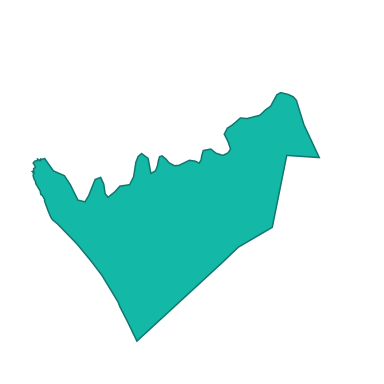 La Paz, Colonia, Uruguay (Natural Earth projection), rotated 61°
{"feature_id": "84410073B4757199260074", "entity_name": "La Paz", "entity_type": "district", "adm_level": 2, "iso_a3": "URY", "parent_name": "Uruguay", "parent_adm1": "Colonia", "projection": "natural_earth1", "projection_center": [-57.32, -34.388], "detail": "fine", "context": "isolated", "style": "filled", "palette": "teal", "viewbox_px": 384, "rotation_deg": 61, "n_neighbors": 0, "source": "geoboundaries", "source_scale": "gbopen_adm2", "svg_char_len": 1608}
<svg xmlns="http://www.w3.org/2000/svg" viewBox="0 0 384 384"><g transform="rotate(61 192 192)"><path d="M223.6,64.0L187.4,61.5L162.5,56.3L157.8,57.3L153.5,60.4L148.1,66.2L148.1,70.6L155.1,81.6L155.7,87.4L157.8,95.4L154.4,108.4L150.7,113.8L152.2,120.4L153.0,125.0L153.3,130.1L157.1,135.8L160.4,135.8L166.3,136.2L173.2,137.5L175.3,141.7L174.9,147.3L169.6,152.3L163.6,154.7L161.2,162.0L164.7,165.6L168.4,168.6L170.2,171.7L166.6,174.2L163.0,178.9L162.4,190.5L160.4,194.7L155.2,198.0L150.8,198.8L145.9,200.6L145.4,203.2L148.0,205.9L152.2,209.4L155.7,213.5L155.9,219.0L151.8,217.6L141.3,214.1L133.9,217.5L134.9,222.0L138.8,226.7L150.3,235.6L155.4,243.0L151.9,252.2L154.4,259.3L155.9,268.0L151.4,268.8L142.4,265.4L134.9,264.8L134.1,270.6L138.6,276.2L145.1,284.1L148.7,290.4L143.8,295.7L126.6,294.9L115.9,295.7L106.3,303.0L91.3,304.6L91.0,306.4L90.2,308.0L89.7,308.2L89.8,308.8L90.4,309.0L91.2,309.3L91.1,309.9L89.6,310.5L88.3,311.2L89.2,311.8L89.5,312.1L89.1,313.4L88.8,314.9L89.7,316.9L91.9,316.7L94.1,316.9L94.7,317.2L94.7,318.2L94.7,319.1L96.8,320.4L96.6,321.8L97.7,321.5L97.7,320.6L98.9,320.9L98.6,321.5L100.8,323.1L104.7,323.9L106.4,323.7L109.1,324.6L117.6,324.3L119.8,325.1L120.8,325.4L121.5,325.1L122.6,324.5L127.4,324.5L128.2,325.3L138.9,327.0L144.5,327.6L146.2,327.7L148.9,327.4L154.7,325.1L181.6,317.8L193.0,315.7L201.5,314.1L206.6,313.3L213.5,312.3L221.2,311.2L243.9,310.3L252.4,310.0L257.4,310.7L272.8,311.2L280.6,311.6L286.2,312.0L288.2,312.1L291.0,312.2L293.0,312.3L295.7,312.5L268.8,201.4L262.7,178.1L261.8,138.9L205.9,91.4L223.6,64.0Z" fill="#14b8a6" stroke="#0f766e" stroke-width="1.5"/></g></svg>